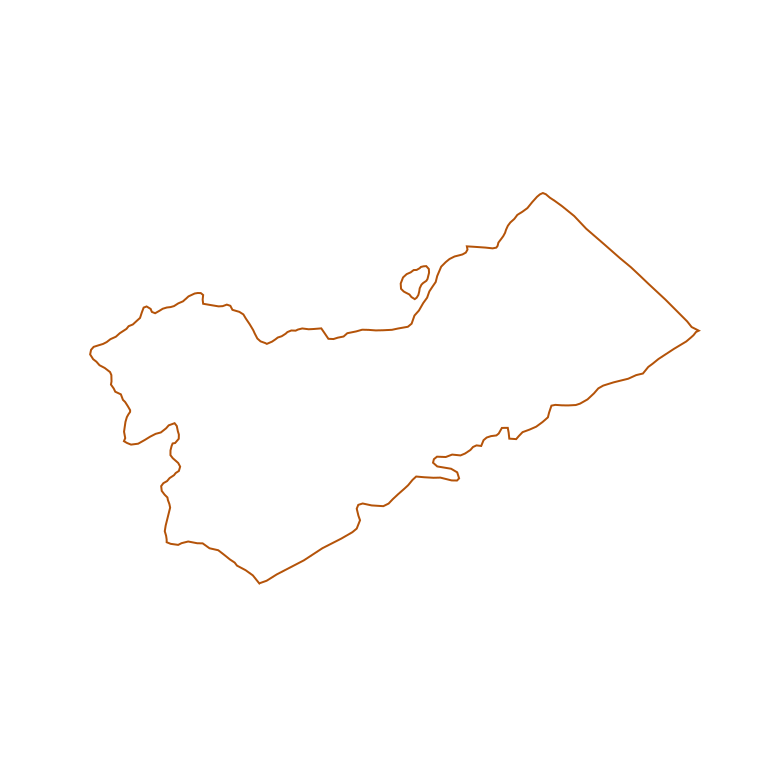 Strömsund, Jämtland, Sweden, rotated 104°
{"feature_id": "70781695B21663414086588", "entity_name": "Strömsund", "entity_type": "district", "adm_level": 2, "iso_a3": "SWE", "parent_name": "Sweden", "parent_adm1": "Jämtland", "projection": "mercator", "projection_center": [15.173, 64.234], "detail": "fine", "context": "isolated", "style": "outline", "palette": "amber", "viewbox_px": 768, "rotation_deg": 104, "n_neighbors": 0, "source": "geoboundaries", "source_scale": "gbopen_adm2", "svg_char_len": 4061}
<svg xmlns="http://www.w3.org/2000/svg" viewBox="0 0 768 768"><g transform="rotate(104 384 384)"><path d="M313.4,139.6L311.2,135.3L303.5,131.7L299.4,128.3L293.3,123.7L279.8,111.2L269.6,101.0L264.6,97.4L261.8,95.5L258.0,93.8L256.1,91.5L255.9,92.3L254.3,99.3L249.9,105.0L234.0,131.4L222.9,151.5L216.8,162.2L211.0,172.6L204.8,185.5L195.1,204.3L184.4,225.4L175.0,240.1L168.5,254.0L165.1,262.4L163.1,268.1L161.9,270.5L160.7,272.9L160.3,276.1L162.3,278.6L165.3,280.8L171.7,284.2L178.6,287.4L183.4,291.4L187.6,295.5L192.3,297.5L196.7,300.5L200.5,302.1L204.8,302.9L208.0,303.1L211.8,304.1L215.2,305.5L219.1,307.2L222.5,307.2L224.5,308.0L226.1,311.4L227.1,318.6L229.1,329.9L230.4,336.9L233.4,335.5L236.7,336.4L239.3,339.2L240.8,341.9L243.2,346.4L246.9,350.7L250.8,353.6L256.3,356.9L266.4,358.5L272.5,358.5L277.8,360.5L283.2,362.4L289.3,363.0L289.7,363.0L295.9,365.5L304.3,367.9L310.2,371.0L318.8,371.8L322.7,374.7L326.8,383.9L329.5,389.4L332.1,398.0L334.0,405.0L335.2,412.0L336.6,418.3L339.7,423.7L343.6,431.9L347.7,434.7L350.2,440.0L352.6,443.9L353.6,448.9L348.3,454.8L345.2,458.3L347.7,465.7L349.1,470.3L349.9,476.8L352.0,480.7L353.6,482.6L354.5,486.9L357.0,490.3L359.0,491.6L362.4,494.8L364.6,498.3L367.0,500.2L370.0,502.9L373.4,507.4L373.0,509.1L372.5,514.1L370.5,517.9L366.2,521.7L363.4,523.9L358.5,528.8L353.9,533.9L350.5,537.3L349.0,541.8L348.7,549.0L345.3,552.0L345.0,555.7L347.5,559.4L348.7,563.3L349.3,570.9L349.9,578.9L345.9,580.4L341.4,581.0L340.1,583.8L340.8,586.8L342.0,589.6L346.3,594.9L349.5,597.0L350.0,597.4L352.4,599.0L355.5,603.1L359.2,606.6L361.0,609.7L362.3,613.2L364.5,616.9L367.2,619.5L370.7,623.2L370.2,626.7L367.6,628.6L366.2,633.1L368.0,635.7L373.3,636.3L378.9,636.7L382.3,639.0L387.0,642.1L389.7,645.8L392.8,647.2L398.7,652.7L403.0,655.6L406.7,660.3L410.4,663.2L413.1,666.3L415.5,670.3L418.2,674.7L421.7,676.5L426.4,676.3L428.0,674.6L430.3,672.2L431.9,668.5L434.6,664.6L436.0,658.9L438.7,652.7L441.3,650.7L447.5,649.0L450.6,648.8L453.8,645.1L456.5,642.9L457.7,636.8L462.5,633.5L464.1,630.8L467.6,627.1L470.8,624.0L472.5,623.6L475.4,624.7L478.4,625.5L483.3,625.7L493.2,624.7L499.1,622.0L502.4,622.5L503.4,619.1L504.0,614.8L501.4,608.1L496.1,602.5L491.7,598.2L487.6,593.5L485.0,588.8L479.7,584.7L476.2,582.9L472.7,577.7L474.9,574.9L479.7,572.6L482.7,570.8L486.8,569.9L491.8,572.4L492.8,574.7L495.6,575.1L500.1,575.1L504.7,574.0L507.1,571.0L510.4,564.6L513.5,561.8L518.0,562.0L520.8,564.6L523.3,565.7L527.2,569.3L530.7,571.0L533.6,574.1L537.0,575.5L541.5,573.8L544.4,570.2L546.5,566.7L548.9,565.6L552.4,563.2L555.7,561.6L563.5,561.6L574.1,561.6L579.9,561.1L584.0,558.7L587.4,557.3L590.1,556.6L590.7,552.3L589.9,544.8L587.4,541.9L584.2,535.9L583.7,526.7L582.5,521.4L585.6,513.6L585.4,504.6L588.3,498.0L591.5,491.1L593.4,485.7L595.8,482.7L598.1,473.4L601.4,465.0L607.7,456.7L607.4,456.5L603.3,450.3L594.7,442.0L574.5,419.1L558.2,404.0L544.3,388.0L535.4,378.8L530.9,375.5L522.0,374.3L517.9,377.0L511.6,380.3L507.5,379.7L505.1,375.8L504.8,366.6L502.7,355.1L498.9,350.6L493.6,347.6L487.3,343.5L480.8,339.0L476.4,336.1L470.1,333.1L466.0,330.4L464.8,322.7L463.0,313.2L461.2,306.7L461.2,295.1L460.0,289.8L457.4,288.3L452.0,291.6L450.0,298.4L451.1,312.4L448.5,317.4L444.9,317.4L441.7,315.0L439.9,306.4L436.0,300.8L434.8,292.5L431.9,288.6L427.1,284.2L423.6,282.4L421.2,279.4L420.6,274.7L414.4,273.8L411.1,271.4L408.7,267.6L406.7,262.5L404.3,260.7L398.1,259.0L396.6,253.3L401.0,251.3L406.7,249.2L405.5,242.4L401.9,240.6L397.2,237.9L393.0,231.7L388.6,226.0L382.6,221.0L376.7,216.9L372.0,216.9L364.5,216.3L362.8,212.7L361.6,205.9L360.1,199.7L358.0,192.8L355.6,189.0L349.7,182.8L342.3,178.0L336.4,175.0L332.5,170.9L326.9,161.7L323.6,155.5L319.8,148.3L314.4,141.5L313.4,139.6ZM282.5,372.5L278.6,371.7L276.6,370.5L273.7,367.9L271.6,367.2L265.2,367.2L261.6,368.3L259.4,371.5L260.2,374.0L261.5,376.5L263.0,377.4L265.4,379.9L266.3,382.8L269.2,385.1L271.9,388.6L276.0,391.3L282.5,392.1L287.5,390.5L289.5,387.2L290.1,384.9L291.0,381.0L293.0,378.4L294.2,374.7L292.4,373.2L289.3,372.2L285.6,372.2L282.5,372.5Z" fill="none" stroke="#b45309" stroke-width="2"/></g></svg>